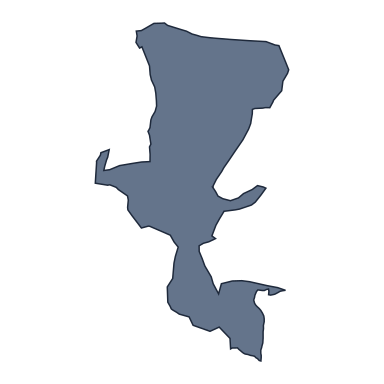 Bende, Abia, Nigeria (Robinson projection)
{"feature_id": "59680162B50576086706147", "entity_name": "Bende", "entity_type": "district", "adm_level": 2, "iso_a3": "NGA", "parent_name": "Nigeria", "parent_adm1": "Abia", "projection": "robinson", "projection_center": [7.629, 5.638], "detail": "fine", "context": "isolated", "style": "filled", "palette": "slate", "viewbox_px": 384, "rotation_deg": 0, "n_neighbors": 0, "source": "geoboundaries", "source_scale": "gbopen_adm2", "svg_char_len": 2853}
<svg xmlns="http://www.w3.org/2000/svg" viewBox="0 0 384 384"><path d="M285.5,290.3L277.6,287.6L267.4,285.7L249.6,281.7L241.8,280.7L232.3,281.0L221.4,283.7L218.6,293.9L213.2,283.8L211.2,276.8L204.8,265.9L202.2,258.7L199.2,251.5L199.1,245.8L203.3,243.3L208.8,241.8L215.5,238.6L211.9,235.9L215.9,225.3L219.5,218.8L223.8,211.7L223.9,211.3L235.0,209.9L239.4,209.1L251.5,205.0L255.3,202.1L260.9,195.1L265.9,188.2L263.3,187.0L257.5,185.6L252.1,189.6L243.5,193.6L238.5,197.9L230.4,200.7L222.8,198.7L218.0,196.1L215.7,191.8L213.9,189.0L212.6,187.2L213.1,187.2L213.1,185.9L216.4,179.3L221.7,171.5L223.8,167.7L224.5,166.7L224.9,166.1L225.6,165.1L228.8,160.5L235.0,151.3L239.4,144.9L242.9,139.8L248.6,129.1L250.7,123.5L251.2,120.2L252.3,113.7L252.4,109.4L254.8,108.5L262.9,108.1L264.2,107.8L265.7,107.6L269.8,107.7L273.0,101.8L273.5,100.3L281.7,90.7L282.9,81.2L287.5,73.4L288.7,69.8L285.7,62.3L278.9,45.6L275.0,45.0L266.0,41.6L249.2,40.7L229.8,39.4L227.5,39.2L223.9,38.9L217.4,38.4L212.7,38.0L212.1,37.9L211.3,37.9L210.6,37.8L202.9,36.9L202.6,36.8L201.9,36.8L201.3,36.7L200.6,36.5L200.2,36.4L197.7,35.6L196.7,35.3L192.0,34.0L186.5,31.2L180.5,29.4L177.6,28.5L167.6,25.4L164.5,23.0L161.5,23.2L153.9,23.4L145.1,28.5L142.2,30.1L141.8,30.3L141.3,30.6L136.3,31.1L137.1,36.0L136.0,42.4L139.6,48.1L141.9,46.8L149.5,65.9L150.2,74.7L151.3,79.3L151.3,79.7L154.7,87.0L155.8,93.2L156.4,100.8L156.6,106.1L155.1,111.5L152.0,116.8L150.9,119.9L150.0,127.6L148.8,130.1L148.0,131.3L149.5,135.2L150.9,144.1L149.5,146.9L150.1,154.4L150.0,161.6L141.6,162.0L132.6,163.4L119.6,165.6L109.7,169.7L103.8,170.5L104.8,166.0L106.6,159.8L107.7,157.2L109.2,149.6L100.9,152.7L100.4,155.2L96.5,161.2L96.6,162.6L95.3,183.2L107.7,185.2L108.0,185.1L109.8,184.8L116.1,187.3L117.7,188.8L118.1,189.4L127.5,195.9L128.3,200.1L127.6,207.4L127.9,209.9L132.1,215.8L141.4,228.0L148.4,226.1L149.8,226.3L170.3,235.2L174.1,242.0L178.2,247.1L175.4,256.3L174.0,263.1L172.7,278.5L167.3,286.9L167.3,287.5L167.8,302.2L170.3,306.6L171.2,308.8L171.4,309.0L172.9,310.1L176.8,312.4L179.2,314.1L189.1,316.9L193.1,325.3L210.0,331.3L219.2,327.1L230.0,338.4L230.6,348.9L232.2,348.0L234.2,348.0L237.5,347.9L238.8,349.3L240.5,350.7L242.1,352.1L243.4,353.1L245.1,354.0L248.0,354.5L250.5,355.4L252.9,355.8L254.6,356.3L255.9,357.7L257.5,358.6L259.2,360.5L260.9,361.0L261.2,357.6L261.2,355.3L260.8,353.4L260.8,350.1L261.6,347.7L262.0,345.8L262.8,343.0L263.1,338.2L263.1,335.9L263.1,334.0L263.1,331.6L263.5,328.8L263.4,325.5L263.9,323.1L264.2,321.7L264.2,318.8L263.8,316.0L262.5,313.2L260.8,310.4L259.2,308.5L257.1,306.6L255.8,305.2L254.6,303.3L253.7,300.0L254.5,297.6L254.9,295.3L255.7,293.4L256.5,291.5L257.9,289.9L262.2,290.5L264.4,290.5L266.4,289.5L268.5,289.0L268.9,291.4L268.6,294.7L270.6,295.1L273.1,294.6L274.8,294.2L277.7,292.7L280.1,291.3L282.2,290.8L285.5,290.3Z" fill="#64748b" stroke="#1e293b" stroke-width="1.5"/></svg>